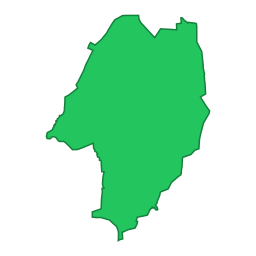 Talata Mafara, Zamfara, Nigeria (Mercator projection), rotated 180°
{"feature_id": "59680162B53803782710688", "entity_name": "Talata Mafara", "entity_type": "district", "adm_level": 2, "iso_a3": "NGA", "parent_name": "Nigeria", "parent_adm1": "Zamfara", "projection": "mercator", "projection_center": [6.093, 12.397], "detail": "fine", "context": "isolated", "style": "filled", "palette": "green", "viewbox_px": 256, "rotation_deg": 180, "n_neighbors": 0, "source": "geoboundaries", "source_scale": "gbopen_adm2", "svg_char_len": 3688}
<svg xmlns="http://www.w3.org/2000/svg" viewBox="0 0 256 256"><g transform="rotate(180 128 128)"><path d="M50.4,162.0L51.0,173.0L51.4,175.2L51.5,177.6L51.8,180.2L51.5,182.4L51.9,183.9L52.3,185.7L52.9,188.5L52.8,190.7L54.3,204.5L59.2,214.0L59.3,229.8L59.7,232.4L61.2,232.9L62.9,233.0L67.6,233.7L67.7,233.4L68.1,233.0L68.4,233.2L68.9,233.6L69.3,233.9L69.6,234.1L70.1,234.6L70.7,235.0L71.1,235.2L71.2,235.3L71.3,235.4L71.4,235.6L71.6,235.7L71.8,235.9L72.0,236.1L72.3,236.3L72.5,236.4L72.5,236.5L72.7,236.8L73.0,237.1L73.2,237.7L73.3,237.8L73.5,237.9L73.6,238.0L74.4,238.1L74.7,238.2L75.1,238.2L74.7,232.8L76.4,232.6L77.6,232.4L79.5,232.1L79.3,226.2L88.6,226.8L93.3,227.0L95.3,227.2L95.6,226.8L96.1,226.2L97.5,224.0L101.3,218.4L107.7,225.2L115.5,233.7L117.1,237.4L117.4,240.6L129.7,240.6L133.5,240.4L141.3,236.1L143.7,232.6L147.6,226.2L149.3,223.0L150.8,221.2L152.9,218.7L154.2,216.9L157.4,214.0L160.9,211.0L165.5,213.5L167.1,210.7L168.1,207.8L163.0,205.6L165.2,201.4L167.8,196.0L170.1,191.6L172.3,185.6L174.5,181.1L176.8,176.5L178.4,173.4L179.9,171.2L178.3,168.0L180.2,166.4L181.8,165.1L183.9,163.5L187.1,161.0L191.0,158.9L191.1,154.2L191.4,149.5L191.6,147.8L191.6,146.1L191.7,145.0L192.5,143.1L193.0,142.1L193.3,141.8L193.5,141.5L193.8,141.4L194.2,141.2L194.4,140.7L195.0,140.4L195.4,140.4L195.8,140.5L196.0,140.5L196.4,140.5L196.6,140.2L196.4,139.9L196.2,140.0L196.1,139.9L197.4,138.0L197.7,137.6L198.3,137.5L198.5,137.2L198.7,136.9L198.8,136.6L198.8,136.2L198.9,135.8L198.9,135.5L199.1,135.5L200.0,135.3L200.1,134.9L199.9,134.7L199.8,134.3L199.8,133.8L200.0,133.3L200.4,132.8L200.6,132.2L201.0,132.0L201.1,131.8L201.1,131.6L200.8,131.3L200.9,131.1L201.3,130.9L201.7,131.0L202.0,130.7L202.2,130.3L202.1,130.1L201.8,129.8L202.0,129.2L203.0,128.1L203.5,126.4L205.9,124.8L208.7,123.4L209.1,121.8L209.6,119.5L208.9,117.5L207.3,117.4L206.5,117.2L205.7,117.3L205.2,117.7L204.0,119.2L201.8,119.2L200.5,118.7L199.5,117.9L199.1,117.1L197.7,115.3L196.8,114.6L194.9,114.5L192.6,114.6L190.9,113.7L187.3,110.3L185.8,108.7L183.5,106.3L178.5,106.5L173.0,108.5L162.8,112.8L162.6,110.9L162.6,110.1L162.3,109.6L162.5,108.7L162.3,108.0L162.1,107.1L161.3,106.6L161.2,104.9L160.3,104.4L159.8,104.0L159.5,103.5L159.3,103.0L158.5,102.4L158.6,101.9L158.8,101.5L159.1,101.1L158.9,100.6L158.6,100.0L158.5,99.3L158.3,98.9L157.6,98.7L157.0,98.6L156.8,98.4L156.6,98.1L156.6,97.6L156.5,95.7L155.3,95.5L154.8,94.9L154.7,91.4L154.2,84.3L151.9,84.2L152.9,79.8L153.5,72.7L153.4,71.3L153.0,69.5L152.0,67.9L154.0,67.6L153.7,64.1L154.5,56.9L154.7,51.0L154.8,47.2L163.7,44.1L163.7,38.8L159.2,38.4L155.2,38.5L146.6,36.0L146.4,35.9L142.7,32.4L139.3,29.4L137.8,25.2L137.5,23.3L137.5,20.3L137.7,15.4L136.0,16.4L133.3,17.1L133.6,21.2L133.8,23.1L133.9,23.7L132.4,24.2L128.1,26.3L121.1,27.8L119.3,31.2L118.7,32.8L118.7,33.4L118.7,33.5L118.4,34.6L119.9,35.1L118.7,38.8L112.0,40.1L108.6,40.9L107.2,43.8L106.3,46.0L105.8,46.4L105.4,47.0L104.9,47.5L104.3,47.6L104.2,47.9L104.1,48.3L103.9,48.9L103.4,48.8L103.0,48.5L102.8,48.2L102.7,48.0L102.2,48.4L101.6,48.4L101.2,47.7L100.6,46.7L100.1,46.1L99.3,46.1L98.8,46.1L98.4,46.2L98.3,46.6L98.6,47.3L98.5,47.7L98.7,48.1L98.8,48.5L99.0,48.9L99.2,49.0L99.3,49.1L99.4,49.3L99.5,49.4L99.6,49.6L99.7,49.8L99.8,50.0L100.0,50.2L100.3,50.6L100.5,51.0L100.4,51.4L99.2,52.5L98.5,55.3L96.4,60.3L95.6,64.0L87.9,67.0L84.6,73.5L77.8,79.4L75.4,81.0L74.7,82.6L74.7,84.2L74.5,86.5L74.0,89.5L73.7,94.8L73.5,98.0L73.1,98.8L71.5,99.2L70.1,99.8L69.2,99.9L68.3,100.5L66.9,100.8L66.0,101.2L64.8,101.7L64.1,102.6L63.0,103.8L62.5,104.3L61.1,105.8L57.1,107.2L56.5,116.8L55.2,122.8L52.4,133.2L47.0,142.4L46.4,145.1L50.0,150.1L53.5,155.6L55.5,159.1L50.4,162.0Z" fill="#22c55e" stroke="#15803d" stroke-width="1.5"/></g></svg>